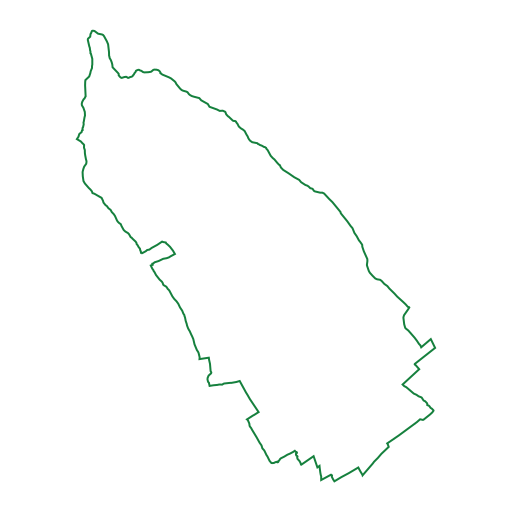 Pancesti, Neamt, Romania
{"feature_id": "2599482B84099352345268", "entity_name": "Pancesti", "entity_type": "district", "adm_level": 2, "iso_a3": "ROU", "parent_name": "Romania", "parent_adm1": "Neamt", "projection": "albers", "projection_center": [27.134, 46.914], "detail": "fine", "context": "isolated", "style": "outline", "palette": "green", "viewbox_px": 512, "rotation_deg": 0, "n_neighbors": 0, "source": "geoboundaries", "source_scale": "gbopen_adm2", "svg_char_len": 5937}
<svg xmlns="http://www.w3.org/2000/svg" viewBox="0 0 512 512"><path d="M388.7,446.9L387.7,444.1L387.2,443.4L398.6,435.6L416.9,422.1L420.1,419.3L422.9,419.9L423.5,419.7L429.9,414.6L432.2,412.5L433.4,410.9L433.5,410.4L431.9,408.7L430.6,407.9L429.4,406.2L428.7,405.6L427.3,405.1L427.2,403.6L427.0,403.2L425.1,401.2L424.1,400.8L423.5,400.4L421.7,397.6L421.0,397.2L418.6,396.3L416.5,394.8L413.8,393.6L406.3,387.2L404.2,386.1L402.6,384.5L419.2,369.2L415.9,365.4L415.1,364.8L414.7,364.3L414.8,363.9L435.1,347.9L430.8,339.1L421.2,347.3L420.4,345.4L418.9,343.8L417.0,340.9L414.6,337.7L408.3,330.5L405.9,328.6L405.2,327.8L404.2,324.3L403.4,317.7L403.6,316.6L404.1,315.1L408.1,309.4L409.3,307.5L409.1,307.2L407.8,306.8L405.7,304.4L403.4,302.2L397.2,296.6L394.4,293.5L389.3,288.5L387.4,286.1L384.3,283.9L381.6,280.9L380.1,279.8L377.1,279.3L375.3,278.5L372.6,275.8L369.8,272.7L368.8,270.9L367.1,265.9L366.9,265.0L367.4,261.0L367.3,259.0L363.8,251.2L362.3,246.7L362.2,244.9L361.8,244.2L360.2,241.9L358.9,240.3L356.7,236.2L354.4,232.9L352.8,228.9L352.3,227.9L350.7,226.1L347.3,221.3L341.2,213.8L340.6,212.8L340.5,212.0L332.4,202.1L329.2,199.0L324.1,193.5L322.4,192.7L320.3,192.7L314.9,191.4L313.9,190.8L312.7,189.0L312.0,188.6L310.3,188.2L308.7,186.6L307.4,185.7L305.4,185.0L301.1,182.2L299.2,179.9L294.2,177.2L288.6,173.3L283.2,169.9L280.9,167.5L279.8,165.1L279.1,164.8L277.3,162.9L274.4,159.4L272.8,158.1L270.7,155.8L267.7,150.2L266.3,148.6L266.1,147.9L264.7,147.0L264.1,147.0L261.7,145.6L259.9,145.0L259.3,144.5L258.0,144.0L257.6,143.4L257.3,143.2L252.2,142.2L250.1,140.7L249.0,139.3L248.2,137.9L247.7,136.5L246.5,134.6L244.7,131.1L243.1,129.7L240.8,128.3L238.8,126.5L237.5,123.9L236.3,122.4L236.0,121.6L235.0,121.0L233.5,120.9L232.8,120.6L228.7,116.7L228.0,116.3L226.2,114.3L225.4,112.1L225.0,111.7L222.7,110.7L219.7,110.9L217.0,109.5L209.5,106.8L207.8,104.0L201.2,100.3L199.3,98.1L193.9,96.7L191.7,96.0L189.8,94.9L188.9,94.1L187.5,92.2L186.3,91.6L183.1,90.7L181.6,90.0L180.1,88.6L176.4,84.1L175.5,82.3L174.6,81.3L171.0,78.4L168.9,77.3L162.4,74.6L161.3,73.8L160.4,73.2L160.5,72.6L159.5,71.1L158.3,70.2L156.5,69.7L154.4,69.6L153.3,69.9L151.3,71.6L150.8,71.8L148.4,72.2L144.5,72.4L143.1,72.1L141.3,70.8L140.1,70.5L139.2,69.9L138.3,69.8L136.9,70.3L136.0,70.8L135.4,72.2L134.4,73.3L133.8,74.6L133.1,75.2L132.6,76.1L131.7,76.7L130.0,77.1L129.4,77.5L128.2,77.9L127.8,77.8L126.5,76.9L125.8,76.8L125.1,77.0L124.5,77.0L121.7,77.9L121.2,77.8L119.9,76.8L118.7,75.3L118.7,73.9L118.1,73.1L112.6,67.3L112.3,64.6L111.7,62.3L110.9,60.2L109.6,57.9L109.4,56.5L109.1,55.8L109.0,52.1L108.1,44.3L106.9,41.4L104.0,36.1L103.1,35.0L102.1,34.5L98.1,33.7L94.5,31.0L92.9,30.7L92.1,30.9L91.9,31.1L91.1,33.1L90.5,34.1L90.2,36.7L88.1,38.6L87.9,39.0L87.8,39.9L89.3,46.4L89.8,47.8L90.1,50.4L90.4,51.2L90.5,53.4L90.9,53.7L92.3,58.9L92.3,64.5L92.0,66.2L92.0,68.0L90.7,71.2L90.3,73.2L89.2,76.5L85.4,80.1L85.2,82.0L85.1,85.4L85.6,96.0L85.6,96.5L85.2,97.0L84.5,98.5L83.6,99.3L82.3,101.7L81.8,103.4L81.8,104.8L82.0,105.5L83.4,107.8L84.8,111.9L85.0,115.5L84.5,117.4L83.8,121.5L83.5,122.6L83.7,124.3L83.0,127.3L82.6,127.9L82.5,129.0L82.7,130.0L82.0,130.4L81.6,132.1L79.4,133.9L78.9,135.2L78.5,136.7L76.9,139.1L80.9,141.5L82.2,143.0L83.7,144.4L84.1,145.0L84.0,147.7L84.8,150.0L84.9,153.2L85.2,155.3L85.9,159.0L86.5,161.2L86.4,162.7L86.2,163.8L84.2,166.6L83.4,168.8L82.7,171.5L82.6,172.4L82.8,176.4L83.5,181.1L84.9,183.5L88.8,188.0L90.2,189.3L91.4,190.7L91.9,191.4L92.5,193.1L94.3,193.7L101.6,197.9L103.0,200.8L103.5,202.6L105.5,205.1L106.9,206.1L108.4,208.2L110.6,209.9L111.8,212.1L113.8,214.2L115.0,216.0L117.0,220.5L117.8,221.7L119.1,223.0L120.8,224.2L121.5,226.0L123.7,230.0L125.3,231.5L128.0,233.1L129.1,234.3L130.7,237.2L131.7,237.7L132.2,238.4L135.6,241.6L136.4,242.8L136.7,244.2L137.5,245.0L138.7,247.2L139.9,248.6L140.3,250.5L140.7,251.1L141.0,252.7L141.5,252.6L142.0,253.2L142.3,253.1L145.8,251.2L147.2,250.0L149.4,249.6L151.7,247.9L157.2,244.9L162.1,241.6L162.9,242.0L165.8,242.5L166.2,243.4L167.7,244.6L170.0,246.8L173.0,250.7L174.9,254.0L170.6,256.3L168.9,257.4L166.6,258.2L163.2,258.8L158.7,261.0L154.6,262.3L153.3,263.4L152.3,263.7L152.3,264.1L152.6,264.8L150.8,265.5L152.3,268.7L153.4,270.2L153.7,271.1L154.5,272.1L156.0,275.0L159.6,279.6L161.9,281.7L162.7,283.0L163.2,284.6L163.6,285.1L166.3,286.7L167.2,288.0L167.7,288.9L168.4,289.5L169.3,290.5L172.4,296.4L174.2,298.9L176.5,301.3L178.3,303.8L180.0,307.4L182.2,310.7L183.4,313.7L184.3,315.0L184.5,316.1L185.0,317.4L185.7,320.9L186.7,323.9L187.0,325.4L188.0,328.1L188.8,329.7L189.7,331.1L191.3,334.7L192.1,336.3L193.3,339.1L194.5,344.3L196.9,350.1L198.0,351.7L198.6,353.0L199.6,357.1L199.6,358.0L199.5,359.1L208.8,357.7L209.1,359.9L210.0,363.9L210.6,371.1L211.3,372.4L211.2,373.0L211.0,373.4L208.6,375.6L207.6,378.0L207.5,379.4L207.9,381.2L208.2,382.0L208.9,382.7L209.6,385.9L213.2,385.3L217.4,384.9L219.3,384.5L222.2,384.6L223.6,383.7L224.3,383.5L229.8,382.9L231.2,382.9L236.3,382.0L239.7,381.0L246.0,392.5L247.5,394.9L249.9,399.1L258.6,412.1L254.2,414.9L252.7,415.7L247.0,419.4L247.5,419.8L248.0,420.5L249.3,423.5L249.6,425.8L249.9,426.5L251.1,428.0L252.0,429.7L256.6,437.3L259.6,442.7L261.5,445.4L262.4,448.4L263.9,450.0L264.5,450.9L266.5,455.1L267.4,456.4L269.6,460.9L271.4,463.0L272.3,463.1L273.4,463.0L274.3,462.8L275.3,462.2L276.9,461.8L277.1,462.2L277.7,462.3L278.2,462.0L278.4,461.1L279.1,460.6L280.1,459.0L280.9,458.3L284.3,456.6L287.4,454.7L289.8,453.7L293.2,451.9L294.8,450.8L295.8,451.9L296.4,452.0L296.9,452.4L296.7,453.3L296.0,453.7L295.9,454.0L296.1,455.0L296.4,455.6L297.3,456.1L297.5,456.5L297.2,457.5L297.5,458.8L299.6,461.2L300.5,462.9L301.0,464.6L301.3,464.7L313.6,456.2L317.4,467.4L319.5,465.9L319.7,467.9L320.3,472.5L320.7,474.7L321.2,476.5L321.2,480.0L331.0,474.7L332.0,475.4L331.8,476.8L333.2,479.5L334.4,481.3L341.4,477.1L348.7,473.2L358.3,467.5L360.2,471.1L362.5,474.9L362.6,475.3L372.7,463.6L374.1,461.7L377.9,457.9L381.4,453.8L388.7,446.9Z" fill="none" stroke="#15803d" stroke-width="2"/></svg>